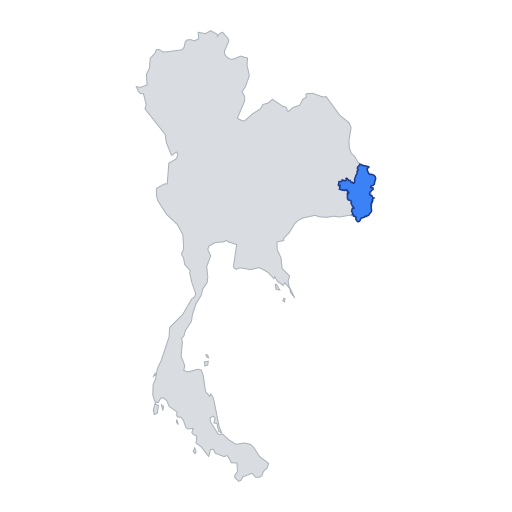 location of Ubon Ratchathani within Thailand
{"feature_id": "THA-426", "entity_name": "Ubon Ratchathani", "entity_type": "Province", "adm_level": 1, "iso_a3": "THA", "parent_name": "Thailand", "parent_adm1": "", "projection": "orthographic", "projection_center": [104.943, 15.155], "detail": "fine", "context": "in_parent", "style": "filled", "palette": "blue", "viewbox_px": 512, "rotation_deg": 0, "n_neighbors": 0, "source": "natural_earth", "source_scale": "10m", "svg_char_len": 7723}
<svg xmlns="http://www.w3.org/2000/svg" viewBox="0 0 512 512"><path d="M217.0,34.1L217.4,36.3L219.7,33.5L222.6,32.2L228.2,38.6L228.8,41.3L224.4,51.4L224.9,54.8L227.5,57.6L230.7,59.3L234.1,58.9L240.6,56.1L247.6,58.1L247.0,64.8L249.3,75.6L245.6,86.4L242.1,91.7L244.6,96.5L244.7,100.9L237.5,117.8L238.9,119.2L243.2,121.1L245.0,120.5L252.3,114.0L260.3,108.9L262.9,104.5L267.9,103.1L272.5,99.3L282.7,106.3L285.4,106.9L286.7,108.1L287.2,110.9L288.5,111.4L292.8,107.6L299.9,105.1L302.8,99.2L306.1,97.5L305.8,94.6L306.9,93.6L312.7,93.3L321.5,96.5L324.6,97.1L326.0,96.4L339.9,115.4L348.9,122.6L351.1,127.6L349.0,140.2L349.2,147.5L351.2,153.0L355.0,156.9L357.9,162.3L368.4,167.6L367.5,169.0L368.2,172.4L374.8,176.4L375.4,177.7L374.6,182.8L371.6,186.7L371.0,189.9L371.0,193.9L372.6,199.8L370.6,212.1L366.6,215.6L361.5,218.0L358.7,221.4L356.6,220.5L355.6,217.1L350.0,215.2L339.1,217.0L333.7,216.2L326.4,217.3L319.3,216.8L315.1,215.3L303.3,217.9L298.3,220.3L294.6,223.8L289.2,232.8L283.7,238.3L283.7,240.6L277.0,241.9L277.2,249.6L281.0,257.9L282.1,268.5L289.6,276.0L288.1,281.2L289.0,286.2L294.8,298.0L290.6,292.4L289.8,288.6L284.8,282.7L283.1,285.6L277.3,281.1L274.8,276.8L273.9,278.7L268.2,272.5L262.3,269.1L259.0,267.6L250.7,269.6L240.2,267.8L236.1,269.3L234.4,268.3L233.4,266.4L236.7,244.6L227.7,241.7L226.2,240.2L224.2,241.8L215.2,242.5L208.7,246.4L207.8,249.7L210.7,255.8L206.7,266.6L207.8,276.8L207.2,282.4L202.5,289.5L201.3,295.2L196.0,303.8L192.4,314.7L191.5,321.1L185.3,330.7L183.8,336.2L181.6,338.2L182.4,342.6L181.1,356.0L184.8,365.8L183.7,370.3L187.9,372.0L197.8,369.2L201.2,370.0L203.2,375.4L205.5,391.4L209.6,396.3L210.7,393.9L212.6,396.5L214.1,401.3L219.1,426.4L221.8,433.0L218.6,431.3L216.9,423.4L214.0,423.0L215.0,418.0L213.2,416.2L210.2,417.6L210.3,421.5L218.1,434.1L223.0,434.5L229.2,440.1L236.0,444.3L244.6,443.0L250.5,444.4L254.0,447.8L259.5,456.4L268.6,463.5L267.2,467.9L263.6,471.3L261.7,476.0L259.1,477.3L255.7,477.3L252.0,473.3L243.0,476.8L240.9,480.4L238.6,481.3L234.6,477.2L235.0,474.9L237.5,471.6L236.9,463.0L231.4,462.8L227.9,456.3L226.7,455.6L224.1,456.6L215.5,453.3L213.0,449.2L210.5,449.5L208.7,456.4L201.2,446.9L196.0,443.0L196.8,436.1L193.3,434.5L191.8,432.6L193.2,428.4L188.3,429.0L186.0,427.8L183.3,420.2L180.9,417.2L177.7,417.1L176.7,415.6L177.0,411.9L169.2,406.5L166.7,400.5L163.0,397.7L160.6,398.4L158.2,402.6L156.4,402.3L154.7,401.0L152.8,395.0L153.1,384.5L155.7,378.5L157.3,368.8L161.1,360.7L169.1,336.9L169.6,327.5L182.8,314.3L191.6,299.1L194.5,296.9L195.8,294.0L191.5,281.5L189.7,272.8L190.1,270.5L184.7,264.5L183.5,257.7L182.0,255.6L181.6,253.3L183.7,249.4L182.9,234.7L177.2,224.3L166.7,214.6L157.6,200.4L156.5,195.4L156.4,188.5L164.2,184.0L167.2,183.8L168.9,163.0L175.6,159.2L177.0,157.5L177.8,154.0L176.3,152.0L171.9,155.3L171.1,154.5L166.2,142.1L165.3,134.6L145.0,108.9L146.2,104.8L143.5,93.8L140.4,93.6L138.4,91.5L136.3,86.6L140.4,87.4L147.1,84.9L146.4,74.4L149.4,68.4L150.2,58.4L155.4,52.7L156.2,49.8L159.0,49.5L162.6,51.8L166.3,51.9L182.0,49.8L184.1,47.2L185.3,41.7L186.9,40.0L190.4,39.6L194.4,40.8L198.7,38.8L198.1,32.3L205.5,33.6L210.5,30.7L217.0,34.1ZM158.5,405.4L157.3,413.2L154.2,414.6L153.3,410.1L155.2,402.9L156.0,404.6L158.5,405.4ZM208.3,361.2L207.8,364.9L205.0,366.1L204.4,361.9L208.3,361.2ZM276.5,284.5L279.8,290.0L276.0,289.4L275.3,284.2L276.5,284.5ZM194.9,453.7L193.2,451.4L194.7,447.9L196.1,452.2L194.9,453.7ZM163.6,406.4L162.8,410.6L161.4,404.8L163.6,406.4ZM208.5,357.8L207.0,357.3L205.8,354.8L207.6,354.9L208.5,357.8ZM176.7,419.5L178.4,424.6L176.4,422.2L176.7,419.5ZM285.0,298.8L284.5,302.0L282.8,300.6L283.9,298.3L285.0,298.8ZM155.4,375.1L153.5,376.3L155.1,373.3L155.4,375.1Z" fill="#d9dde1" stroke="#a8b0b8" stroke-width="1"/><path d="M357.9,221.8L357.3,221.4L356.8,220.9L355.8,219.1L355.8,218.8L355.9,217.5L355.9,217.0L355.7,216.7L355.2,216.5L354.0,216.3L354.1,216.0L353.5,215.0L353.2,214.8L352.7,214.8L352.3,214.8L352.2,214.7L352.2,214.4L352.6,214.1L352.7,213.8L352.7,213.6L352.7,213.4L352.6,212.9L352.5,212.6L352.4,212.4L351.7,211.6L351.6,211.4L351.6,211.2L352.1,209.0L352.2,208.8L352.2,208.7L352.4,208.4L352.5,208.4L352.8,208.2L353.0,208.1L353.3,208.1L353.5,208.2L353.7,208.4L353.8,208.5L354.0,208.5L354.0,208.4L353.5,207.1L353.4,206.9L353.2,206.7L352.9,206.6L352.7,206.5L352.6,206.4L351.1,203.5L351.1,203.3L351.0,203.1L351.1,202.9L351.2,202.7L351.4,202.6L351.4,202.4L351.5,202.2L351.0,201.1L350.9,201.0L350.8,200.8L350.3,200.5L349.6,200.2L349.4,200.1L349.2,200.1L348.7,200.1L348.4,200.0L348.3,199.9L348.2,199.8L347.7,199.0L347.5,198.6L347.4,197.8L347.4,197.6L347.4,196.9L347.4,196.7L347.5,196.4L347.5,196.2L347.5,195.9L347.3,194.7L347.3,193.8L347.3,193.7L347.5,193.4L348.0,193.7L348.3,193.5L348.6,193.3L348.7,192.9L348.8,192.5L348.4,192.5L348.0,192.4L347.8,192.2L348.2,192.0L348.1,191.7L347.9,191.5L347.8,191.4L347.5,190.9L347.5,191.0L347.2,190.3L346.9,190.0L346.6,190.0L346.6,190.4L346.6,190.5L346.4,190.5L346.2,190.1L345.3,190.1L345.1,190.1L344.9,190.0L344.7,190.0L344.4,190.2L344.3,190.4L344.2,190.4L344.1,190.5L343.9,190.4L343.5,190.2L343.4,190.1L343.0,190.2L342.9,190.2L342.5,190.2L342.4,190.1L342.0,189.9L341.9,189.9L341.6,189.8L341.1,189.9L340.9,189.8L340.7,189.7L340.3,189.4L339.9,189.2L339.6,189.1L339.4,189.1L339.7,188.1L339.7,187.8L339.9,187.4L340.0,187.1L339.9,186.4L339.9,185.9L339.7,186.2L339.6,186.3L339.4,186.2L339.2,186.0L338.6,185.6L338.3,184.9L338.3,184.5L338.5,184.3L338.5,184.1L338.7,183.6L338.8,183.0L338.8,182.2L338.9,181.8L339.0,181.6L339.5,181.7L340.0,181.5L341.1,181.5L341.3,181.5L341.6,181.4L341.7,181.2L341.8,181.1L342.2,181.0L342.3,180.8L342.4,180.7L342.2,180.2L342.2,179.9L344.7,180.7L345.5,180.7L345.8,180.5L346.1,180.2L346.3,179.9L346.5,179.6L346.6,179.3L346.5,179.1L346.4,178.9L346.0,178.7L346.1,178.4L346.5,178.2L346.9,178.3L347.2,178.6L348.1,179.6L348.4,180.1L348.7,180.4L349.1,180.5L349.8,180.4L350.1,180.4L350.3,180.6L350.5,180.9L350.7,181.3L350.8,181.9L351.0,182.3L351.3,182.5L351.7,182.5L352.3,182.2L352.6,182.3L352.8,182.4L352.9,182.9L353.1,183.2L353.4,183.4L353.8,183.3L354.2,182.9L354.6,182.2L354.8,181.3L354.8,180.7L354.6,180.2L354.6,179.8L354.7,179.0L356.0,175.2L356.8,174.1L357.1,173.2L357.2,172.7L357.0,171.7L357.1,171.4L357.3,171.0L357.5,170.8L357.9,170.5L358.1,170.4L358.2,170.2L358.1,169.6L358.1,169.4L357.8,169.1L357.7,169.1L357.5,168.9L357.4,168.8L357.4,168.6L357.4,168.1L357.5,167.2L359.2,165.6L359.5,164.5L359.6,164.3L363.5,165.7L363.8,165.7L365.0,165.8L368.4,166.6L368.7,166.8L368.9,166.9L368.9,167.1L368.8,167.4L368.5,167.6L367.9,167.8L367.1,168.6L367.1,169.7L367.4,170.8L368.6,173.3L368.9,173.8L369.3,174.2L369.7,174.4L370.1,174.5L371.3,174.4L371.9,174.4L373.2,174.9L374.5,175.7L375.3,176.9L375.7,178.4L375.4,179.9L374.6,181.8L374.5,182.5L374.5,183.8L374.3,184.3L373.9,184.7L373.8,184.8L372.8,185.5L371.4,185.9L370.8,186.3L370.6,187.0L370.7,187.5L371.2,187.8L371.8,187.9L372.4,187.9L372.9,187.8L373.0,187.9L373.1,188.6L373.1,189.4L373.0,189.5L372.2,190.0L371.4,190.7L370.2,192.0L369.9,192.4L369.7,193.0L369.6,193.7L369.6,194.4L369.8,194.9L370.5,195.0L371.2,195.7L371.4,195.8L371.7,195.7L371.9,195.7L371.9,195.9L371.9,196.2L372.0,196.3L372.8,197.6L373.2,197.9L374.0,198.0L373.7,198.4L372.6,199.2L372.3,199.8L372.8,200.7L372.5,201.4L372.4,201.5L371.9,201.4L371.8,201.5L371.7,201.7L371.8,202.1L372.0,202.6L371.9,202.8L371.5,202.9L371.3,203.0L371.1,203.6L371.0,204.3L371.0,205.0L371.3,205.5L371.4,205.8L371.2,207.2L371.2,208.1L371.6,210.2L371.5,211.1L371.2,211.9L370.2,213.1L369.5,213.8L369.3,214.0L369.2,214.3L368.9,215.0L368.5,215.4L367.7,215.5L367.4,215.6L367.2,215.8L366.6,216.4L366.4,216.5L366.0,216.5L365.5,216.1L365.2,216.1L365.0,216.3L364.7,216.9L364.5,217.2L363.9,217.4L362.4,217.8L362.0,217.7L361.1,218.2L360.4,219.7L359.5,221.3L357.9,221.8Z" fill="#3b82f6" stroke="#1e3a8a" stroke-width="1.5"/></svg>